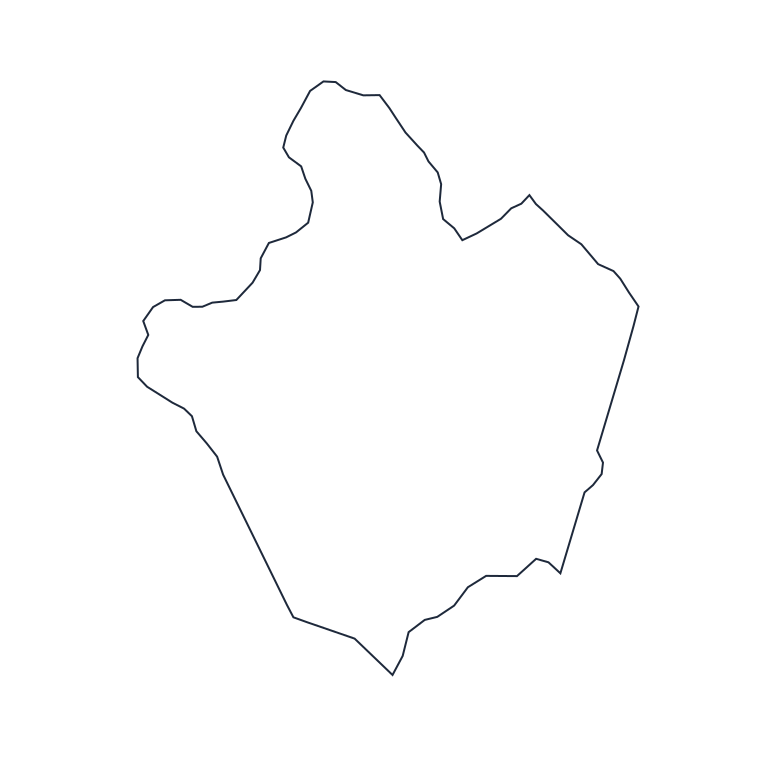 outline of Campo Limpo de Goiás, Goiás, Brazil, rotated 207°
{"feature_id": "56859067B68414338718028", "entity_name": "Campo Limpo de Goiás", "entity_type": "district", "adm_level": 2, "iso_a3": "BRA", "parent_name": "Brazil", "parent_adm1": "Goiás", "projection": "equal_earth", "projection_center": [-49.088, -16.284], "detail": "fine", "context": "isolated", "style": "outline", "palette": "slate", "viewbox_px": 768, "rotation_deg": 207, "n_neighbors": 0, "source": "geoboundaries", "source_scale": "gbopen_adm2", "svg_char_len": 1294}
<svg xmlns="http://www.w3.org/2000/svg" viewBox="0 0 768 768"><g transform="rotate(207 384 384)"><path d="M244.3,128.6L243.9,150.2L249.4,174.1L240.6,192.3L230.8,200.7L220.9,218.4L217.0,241.0L205.9,259.4L178.3,273.2L169.1,297.3L156.5,299.8L140.9,295.4L156.1,378.5L151.9,388.8L149.2,402.6L153.2,413.4L164.0,421.5L181.0,514.2L188.0,548.9L192.4,568.6L207.2,576.7L221.3,585.1L230.8,588.8L247.6,588.0L271.6,598.1L287.5,600.1L301.2,604.5L321.4,610.9L330.3,613.3L340.2,618.3L343.5,607.0L350.4,598.3L354.8,584.3L369.8,560.2L379.5,547.7L392.1,554.6L406.2,557.8L417.2,571.8L423.8,588.0L432.2,596.9L445.4,602.5L453.4,608.4L462.6,611.6L479.0,617.8L494.6,626.6L504.5,632.3L519.1,639.4L533.5,631.8L551.5,628.6L564.1,631.1L575.3,626.1L582.9,611.6L583.3,592.4L584.2,577.4L583.9,561.0L581.1,548.9L571.6,542.8L556.6,540.3L547.3,531.2L536.5,523.1L529.9,513.5L524.8,493.3L531.2,479.1L537.8,470.2L550.6,457.4L550.9,440.0L546.2,429.2L547.1,414.6L553.7,391.8L564.7,384.4L574.0,378.5L580.9,370.4L589.5,365.9L603.4,366.7L617.2,359.1L624.7,347.7L627.1,330.8L616.3,320.7L616.3,307.9L615.3,295.1L606.4,278.4L593.8,274.0L564.1,271.3L551.0,271.3L540.5,268.1L529.7,256.7L514.9,250.6L499.7,243.5L486.2,230.2L370.2,143.1L358.8,135.0L343.8,136.9L294.6,143.8L244.3,128.6Z" fill="none" stroke="#1e293b" stroke-width="2"/></g></svg>